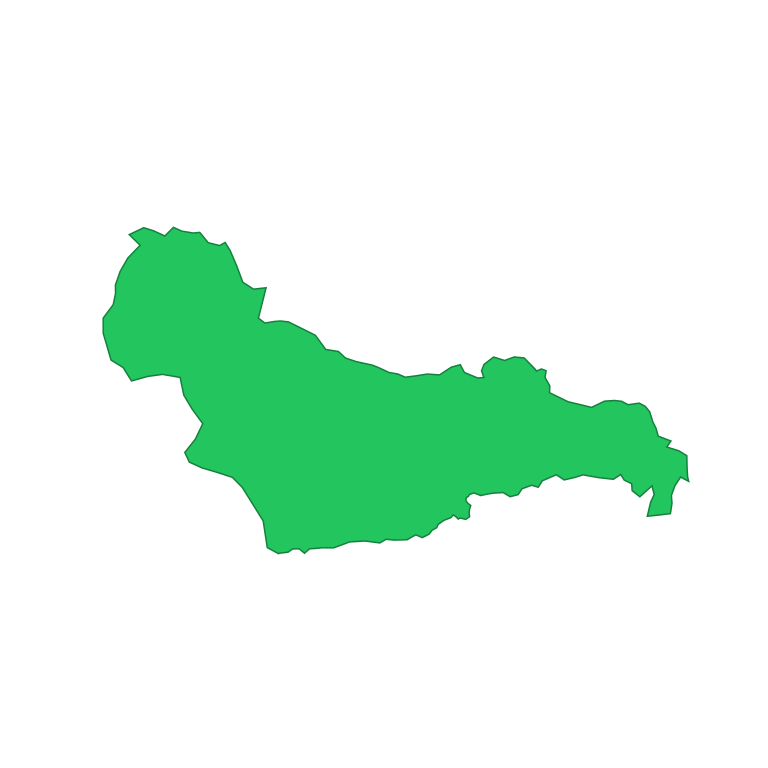 Agios Ioannis Lemesou, Limassol, Cyprus (Equal Earth projection), rotated 58°
{"feature_id": "46923920B2789519030160", "entity_name": "Agios Ioannis Lemesou", "entity_type": "district", "adm_level": 2, "iso_a3": "CYP", "parent_name": "Cyprus", "parent_adm1": "Limassol", "projection": "equal_earth", "projection_center": [33.017, 34.893], "detail": "fine", "context": "isolated", "style": "filled", "palette": "green", "viewbox_px": 768, "rotation_deg": 58, "n_neighbors": 0, "source": "geoboundaries", "source_scale": "gbopen_adm2", "svg_char_len": 2318}
<svg xmlns="http://www.w3.org/2000/svg" viewBox="0 0 768 768"><g transform="rotate(58 384 384)"><path d="M408.0,309.1L405.4,318.0L405.7,332.1L398.5,342.0L393.9,352.8L389.5,362.4L382.9,366.9L376.9,373.6L367.4,379.8L361.7,384.0L350.4,395.6L341.6,402.9L332.3,405.4L323.8,415.1L306.3,416.4L280.7,432.1L275.7,438.4L272.7,444.2L269.2,452.7L261.6,455.6L239.9,433.0L234.4,444.4L222.9,449.8L214.5,448.1L205.2,446.2L189.5,443.8L179.8,443.7L179.5,450.0L171.0,458.2L158.4,459.8L157.6,460.2L155.0,465.6L147.2,474.5L139.6,479.5L142.3,491.4L131.7,498.4L124.1,505.0L122.3,520.9L137.1,517.3L141.4,534.5L148.7,548.1L157.8,559.4L159.2,560.2L165.0,563.7L173.2,571.6L179.3,587.2L192.1,595.2L219.1,602.8L231.8,596.5L234.3,596.5L247.6,596.5L252.4,580.3L258.5,566.7L270.4,553.4L287.4,559.7L304.0,560.0L321.6,558.7L330.7,573.0L336.5,589.2L347.1,590.5L359.0,582.6L367.5,575.0L374.1,569.3L382.9,562.0L396.6,559.0L417.2,559.0L436.1,559.0L460.9,569.7L472.1,563.3L472.0,562.6L475.8,554.4L475.5,548.9L478.8,543.3L485.4,541.1L484.3,534.5L487.1,529.4L490.1,523.3L496.3,513.5L499.7,496.9L506.9,483.6L516.6,471.7L516.8,464.5L521.7,458.2L528.3,447.0L528.7,437.0L534.6,432.9L534.8,430.7L535.2,425.2L533.5,420.5L533.8,415.5L531.8,412.6L531.5,408.4L531.5,404.6L532.2,401.3L532.8,398.1L531.7,394.7L534.6,393.3L537.9,392.6L537.9,390.6L542.1,386.4L541.9,381.7L538.4,380.1L535.6,377.8L533.0,374.8L529.9,376.0L526.2,376.4L523.8,374.2L524.1,372.0L523.0,370.2L524.0,365.5L529.9,361.0L532.0,355.0L534.4,349.3L539.2,340.5L546.4,336.8L548.9,328.9L546.0,322.5L548.1,312.5L553.3,307.9L550.0,301.0L552.3,285.9L560.8,282.1L564.4,271.6L566.5,263.4L577.4,251.3L586.4,239.9L586.2,231.2L592.8,231.2L599.8,226.8L606.0,230.1L615.2,226.8L612.4,210.7L621.0,213.5L625.5,220.5L635.7,230.8L640.8,220.3L645.7,209.8L637.8,203.0L630.8,199.3L624.4,191.1L620.1,181.8L628.0,177.2L623.8,175.8L616.4,171.8L605.3,165.2L597.1,169.2L587.3,177.6L584.4,170.9L573.5,179.1L565.9,176.8L558.6,176.1L548.4,173.4L541.4,174.3L535.5,177.7L530.9,188.0L524.6,191.6L520.1,197.3L515.4,206.1L513.8,220.4L506.1,227.9L496.6,237.3L486.2,243.8L479.1,248.2L473.5,244.4L463.9,244.0L458.6,239.5L454.7,242.5L453.8,247.9L451.9,247.9L436.2,251.3L430.1,259.2L428.0,269.2L419.2,276.8L420.4,288.8L424.5,294.3L431.4,295.9L428.6,301.3L416.9,309.7L408.0,309.1Z" fill="#22c55e" stroke="#15803d" stroke-width="1.5"/></g></svg>